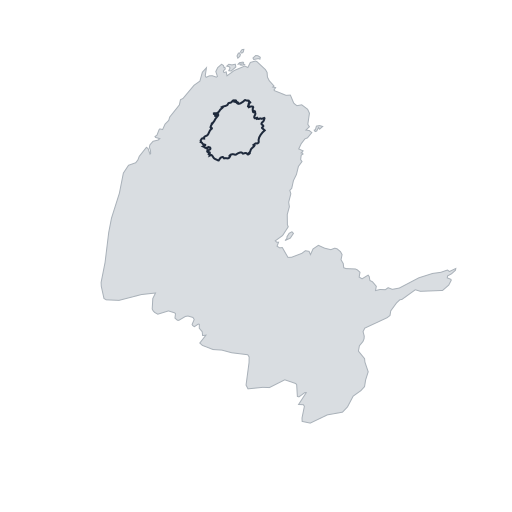 Pirkanmaa highlighted on a map of Finland, rotated 139°
{"feature_id": "FIN-3186", "entity_name": "Pirkanmaa", "entity_type": "Region", "adm_level": 1, "iso_a3": "FIN", "parent_name": "Finland", "parent_adm1": "", "projection": "robinson", "projection_center": [23.692, 61.717], "detail": "fine", "context": "in_parent", "style": "outline", "palette": "slate", "viewbox_px": 512, "rotation_deg": 139, "n_neighbors": 0, "source": "natural_earth", "source_scale": "10m", "svg_char_len": 7606}
<svg xmlns="http://www.w3.org/2000/svg" viewBox="0 0 512 512"><g transform="rotate(139 256 256)"><path d="M201.9,223.1L199.1,216.9L195.4,211.7L191.4,210.2L190.1,208.2L189.4,203.9L190.1,200.6L194.3,197.4L195.1,193.1L197.5,189.6L196.3,187.4L189.5,181.0L188.6,179.0L188.2,175.5L192.0,172.4L190.9,169.2L183.9,168.0L184.1,166.1L186.1,162.8L185.0,160.1L185.1,154.2L188.5,151.5L184.4,149.4L180.5,145.7L177.1,145.4L175.0,141.4L168.9,137.8L147.4,132.7L134.2,127.0L127.2,122.4L120.7,119.8L120.2,117.4L113.4,115.5L114.8,114.4L120.1,114.3L124.5,115.3L126.0,114.0L124.2,110.5L124.6,109.6L129.6,107.6L137.8,107.6L155.1,121.5L157.9,126.0L174.4,127.5L176.2,128.6L180.7,128.4L190.3,126.2L193.9,123.2L197.5,123.4L221.2,130.2L224.8,128.7L226.9,124.5L228.8,122.6L231.4,121.3L236.9,120.4L241.1,117.0L241.4,107.3L243.4,104.5L247.3,95.0L254.5,90.6L259.8,86.2L265.1,85.6L274.6,86.5L285.9,82.1L293.2,81.4L306.4,89.3L324.7,94.3L329.7,100.9L327.5,103.6L318.1,110.8L317.8,112.7L321.3,116.0L307.7,119.9L308.7,120.9L316.0,121.5L316.9,122.9L309.8,132.1L309.7,133.7L315.5,143.7L332.2,147.9L337.0,152.4L349.2,161.0L348.2,165.1L331.2,180.1L327.4,184.3L327.0,186.9L337.8,198.9L343.5,207.4L349.8,213.6L355.1,223.7L355.5,227.2L345.7,229.1L348.5,231.0L346.3,234.1L346.2,238.7L343.6,241.6L344.2,242.5L348.9,243.1L349.4,245.1L349.1,246.3L344.3,248.6L343.9,251.0L346.7,255.3L348.9,256.7L356.5,258.1L357.5,259.2L357.9,262.3L354.6,265.3L354.7,266.5L358.1,272.0L368.3,276.5L369.5,279.9L369.6,282.1L369.1,284.1L361.8,291.6L356.1,294.0L367.8,302.1L388.5,312.4L397.8,321.2L398.6,323.7L392.6,334.7L390.2,337.7L374.2,350.1L351.7,370.4L340.2,379.4L317.9,393.0L301.7,405.6L292.7,408.1L285.6,405.3L282.1,406.0L278.7,407.8L267.4,409.9L267.0,407.8L269.2,402.4L268.2,402.5L266.3,405.0L265.2,408.0L263.1,409.5L258.4,410.1L253.8,407.7L251.6,407.7L254.0,411.3L253.9,412.4L251.4,412.2L246.3,414.9L245.2,415.0L243.5,412.7L238.1,415.2L232.9,415.6L229.9,417.5L214.7,420.3L210.5,423.5L207.7,422.8L190.7,425.5L183.6,424.8L175.9,429.9L169.9,430.6L176.1,425.3L176.4,423.5L173.1,422.6L170.8,420.8L168.6,417.0L167.3,416.8L165.3,421.6L161.3,423.3L156.2,423.3L155.6,421.1L156.5,419.2L155.7,418.8L156.5,417.3L159.1,417.1L159.8,416.3L159.7,415.4L157.7,414.5L159.7,411.0L150.8,410.3L139.8,406.7L138.5,403.6L133.3,405.8L128.5,403.5L127.8,402.1L126.6,390.5L127.2,387.3L130.0,383.5L131.0,379.6L130.9,372.5L132.5,372.5L130.7,370.2L133.3,369.6L133.7,368.8L127.9,357.5L124.5,354.9L127.2,346.7L127.0,344.9L126.5,342.6L122.3,340.1L120.8,332.8L122.0,328.7L130.5,321.4L130.9,318.5L135.7,318.3L133.5,315.7L132.9,312.5L139.7,311.4L142.2,312.3L148.2,311.1L153.5,308.8L151.5,304.4L154.3,304.2L153.4,303.2L153.6,302.1L155.7,302.5L159.1,299.4L159.3,297.1L165.2,295.8L172.0,291.0L178.2,288.4L184.7,283.6L187.4,283.4L188.9,280.1L196.0,275.2L198.5,271.3L205.2,266.8L211.8,259.0L212.5,256.9L222.5,254.0L231.5,254.8L231.3,252.8L229.9,251.6L233.7,249.6L232.8,246.6L230.6,245.1L232.8,234.0L230.0,231.7L219.6,227.9L215.3,227.6L212.9,224.7L214.0,221.3L208.3,223.9L201.9,223.1ZM147.2,411.9L153.4,411.9L155.0,413.7L152.2,414.9L152.0,416.3L153.5,418.5L150.7,418.5L148.8,416.0L145.8,414.3L147.2,411.9ZM220.0,250.2L216.1,251.4L213.0,250.7L212.9,248.5L218.4,247.0L223.9,248.6L221.1,249.0L220.0,250.2ZM124.8,310.0L124.5,311.9L128.2,310.5L129.7,311.1L129.5,312.8L128.2,312.4L125.2,314.4L122.4,312.7L120.7,310.0L124.8,310.0ZM128.8,405.8L128.4,407.4L124.7,407.5L123.2,405.9L122.4,403.2L123.9,402.0L124.8,403.5L128.8,405.8ZM143.6,412.5L141.6,412.7L138.8,411.0L138.4,410.3L139.5,409.9L139.1,407.9L141.2,409.0L142.4,410.3L141.2,410.6L143.6,412.5ZM139.1,419.4L136.3,420.6L135.3,420.3L135.6,418.3L137.2,417.3L139.9,417.2L139.1,419.4ZM133.4,420.5L131.0,420.9L129.6,419.9L131.8,418.3L133.6,418.4L134.0,419.4L133.4,420.5Z" fill="#d9dde1" stroke="#a8b0b8" stroke-width="1"/><path d="M198.7,341.8L198.8,343.0L199.1,343.7L199.6,344.2L200.2,344.6L201.3,345.0L202.5,345.4L204.7,345.7L205.7,346.6L206.0,347.3L207.1,348.4L207.9,348.7L208.2,349.0L209.3,349.1L210.0,349.0L209.7,348.5L210.2,348.2L211.5,347.8L212.4,347.8L213.3,348.2L213.9,348.9L214.5,349.5L215.1,350.1L215.6,350.3L216.1,350.7L216.1,351.1L216.0,351.7L216.1,352.2L216.1,352.5L216.5,352.8L218.1,353.4L218.9,353.3L221.5,352.6L222.0,353.2L222.2,353.8L223.3,356.2L223.6,357.4L223.4,359.1L223.2,360.5L223.4,361.5L224.0,361.8L224.6,362.0L224.3,362.1L224.2,362.2L224.3,362.5L224.9,363.4L225.0,363.9L224.7,364.1L224.2,364.0L224.0,363.8L223.6,363.8L223.2,364.0L223.0,364.7L223.2,365.1L223.6,365.6L224.2,366.1L224.3,366.5L224.1,366.7L224.0,366.8L224.0,367.2L223.4,367.3L221.6,366.8L220.5,366.6L219.7,367.2L219.5,368.0L219.8,368.6L220.3,369.2L220.5,369.6L221.2,369.4L221.8,369.1L222.6,369.2L222.8,369.8L222.4,370.2L222.5,370.4L223.0,370.6L223.5,371.4L223.6,372.4L224.1,373.5L221.7,372.9L221.4,373.2L221.6,373.6L222.0,374.2L222.4,374.7L222.6,375.2L222.6,376.0L222.5,376.8L222.6,377.6L223.0,378.2L222.6,378.4L222.4,378.7L222.3,379.0L222.0,379.5L220.0,380.1L219.3,380.0L218.9,379.7L218.3,378.8L218.1,378.6L217.8,379.0L217.5,379.5L216.8,379.8L215.9,379.7L214.0,379.1L213.1,379.1L212.2,379.3L208.5,380.9L207.5,381.1L205.8,381.1L205.5,381.3L205.4,381.9L205.6,382.3L206.0,382.5L205.9,383.0L204.4,383.9L203.3,384.3L201.9,384.6L202.0,385.0L200.6,384.9L199.1,385.2L196.4,386.2L192.8,386.8L192.2,387.0L191.9,387.4L192.8,387.6L192.9,387.8L192.8,388.3L192.7,388.4L192.9,388.5L194.3,388.2L194.6,388.2L194.9,388.5L194.7,388.8L194.2,389.1L193.5,389.4L193.6,389.6L193.8,389.7L194.2,390.1L194.5,390.6L194.6,390.8L194.2,391.3L193.8,391.1L192.2,389.6L190.7,389.3L190.3,389.2L189.1,389.3L187.0,389.9L184.0,389.9L183.5,390.0L183.8,390.7L183.0,390.5L180.4,389.2L178.6,388.7L176.5,389.4L175.7,389.1L175.2,388.7L174.4,388.3L173.3,388.2L172.0,388.4L171.3,388.4L171.0,388.3L170.3,387.8L170.2,387.4L170.5,387.1L170.9,387.0L171.1,386.9L171.2,386.7L170.9,386.5L169.5,386.7L169.2,386.7L169.1,386.3L169.2,386.1L169.7,385.8L170.3,385.4L170.2,385.2L169.8,385.1L169.3,384.7L169.0,384.1L168.9,383.7L169.0,383.2L169.8,383.2L169.6,382.6L169.1,382.1L167.6,381.4L164.3,380.9L162.5,381.0L162.0,380.9L161.7,380.6L161.6,380.3L161.5,380.0L161.3,379.7L159.8,378.3L159.6,378.1L159.6,377.8L160.1,377.5L160.1,377.3L160.0,377.1L159.5,375.9L159.6,375.6L160.4,375.7L161.1,375.9L161.5,375.8L161.6,375.6L161.7,375.4L162.0,375.3L162.4,375.1L162.3,374.8L162.3,374.7L163.8,374.3L163.9,374.2L163.7,373.6L163.7,373.2L163.8,373.0L163.1,372.7L162.4,372.5L161.5,372.0L160.4,370.8L160.5,370.1L162.1,369.1L162.8,368.2L162.6,367.6L162.8,367.4L163.3,367.4L163.7,366.8L163.6,366.1L163.3,365.9L162.7,366.2L162.6,366.5L162.3,366.6L162.0,366.2L161.9,365.9L162.0,365.5L162.1,365.4L162.6,364.8L163.0,363.9L163.6,363.4L164.2,363.1L165.2,362.7L166.0,362.2L166.5,361.6L166.5,360.7L165.6,360.1L165.1,359.8L164.4,359.6L164.4,359.4L164.6,359.3L165.5,359.1L165.5,358.9L164.7,358.6L164.4,358.2L164.3,357.9L163.9,357.5L163.5,357.4L162.7,357.2L162.2,356.7L162.1,356.3L161.6,355.7L159.2,354.8L159.2,354.4L160.4,353.6L161.3,353.1L162.3,352.8L164.1,352.8L164.6,352.5L165.2,352.2L165.3,352.0L165.2,351.8L165.3,351.1L165.2,350.7L165.1,350.3L165.0,349.8L165.2,349.3L165.6,349.0L166.7,349.0L167.3,348.9L167.5,348.5L167.1,346.0L167.0,345.1L169.9,345.0L173.0,344.4L175.8,343.4L177.9,341.9L179.1,340.3L179.8,339.9L180.9,340.0L181.3,340.2L182.1,341.0L182.6,341.3L184.6,341.4L184.9,341.5L185.1,341.5L185.1,340.8L185.0,340.5L184.9,340.3L185.5,340.1L189.0,340.0L190.1,339.7L191.6,338.8L192.4,338.5L192.8,338.4L193.2,338.2L193.2,337.7L193.5,337.6L193.9,337.6L193.8,338.4L194.0,338.4L194.3,338.3L194.7,337.9L195.0,337.7L195.4,337.8L195.7,338.2L195.7,338.5L195.6,338.9L195.6,339.2L196.0,340.3L196.8,340.9L198.7,341.8Z" fill="none" stroke="#1e293b" stroke-width="2"/></g></svg>